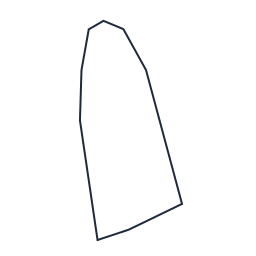 the Statistical Region of Vevčani, rotated 265°
{"feature_id": "MKD-2895", "entity_name": "Vevčani", "entity_type": "Statistical Region", "adm_level": 1, "iso_a3": "MKD", "parent_name": "North Macedonia", "parent_adm1": "", "projection": "equal_earth", "projection_center": [20.565, 41.232], "detail": "fine", "context": "isolated", "style": "outline", "palette": "slate", "viewbox_px": 256, "rotation_deg": 265, "n_neighbors": 0, "source": "natural_earth", "source_scale": "10m", "svg_char_len": 278}
<svg xmlns="http://www.w3.org/2000/svg" viewBox="0 0 256 256"><g transform="rotate(265 128 128)"><path d="M47.7,175.2L26.7,120.0L19.1,87.9L139.7,80.8L189.7,86.7L229.7,97.5L236.9,112.9L226.9,132.0L184.2,151.0L47.7,175.2Z" fill="none" stroke="#1e293b" stroke-width="2"/></g></svg>